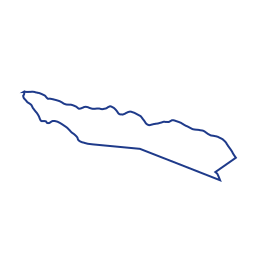 outline of Mavay, Choiseul, Saint Lucia, rotated 118°
{"feature_id": "8701671B50877038935662", "entity_name": "Mavay", "entity_type": "district", "adm_level": 2, "iso_a3": "LCA", "parent_name": "Saint Lucia", "parent_adm1": "Choiseul", "projection": "natural_earth1", "projection_center": [-61.034, 13.806], "detail": "fine", "context": "isolated", "style": "outline", "palette": "blue", "viewbox_px": 256, "rotation_deg": 118, "n_neighbors": 0, "source": "geoboundaries", "source_scale": "gbopen_adm2", "svg_char_len": 5879}
<svg xmlns="http://www.w3.org/2000/svg" viewBox="0 0 256 256"><g transform="rotate(118 128 128)"><path d="M160.8,156.1L158.9,151.2L140.8,107.7L130.9,22.2L128.6,24.9L126.6,27.5L126.3,28.3L125.9,30.2L103.6,18.8L102.6,20.8L101.8,22.3L101.5,22.8L101.0,23.6L100.7,24.1L100.2,24.7L99.4,26.1L98.5,27.8L98.2,28.4L97.8,29.3L97.0,30.8L96.9,31.1L96.8,31.4L96.5,31.8L96.0,32.7L95.8,33.2L95.2,34.0L94.9,34.7L94.6,35.3L94.5,35.5L93.9,37.6L93.8,38.2L93.6,38.8L93.5,39.1L93.5,39.6L93.5,40.9L93.6,42.8L93.6,44.2L93.6,44.5L93.8,45.4L94.0,46.5L94.2,46.9L94.8,49.0L95.3,50.3L95.5,50.9L95.7,51.5L95.7,52.2L95.7,52.9L95.7,53.8L95.7,54.3L95.7,54.6L95.5,56.0L95.4,56.9L95.3,57.4L95.2,58.1L95.1,58.8L95.1,59.8L95.1,60.1L95.3,61.1L95.7,62.2L96.0,63.0L96.2,63.6L96.3,64.1L96.5,64.7L96.6,65.0L96.9,65.7L97.2,66.4L97.6,67.3L97.7,67.6L97.9,68.0L98.1,68.6L98.2,68.9L98.4,69.5L98.6,70.1L98.7,70.9L98.7,71.2L98.7,73.0L98.7,73.4L98.7,74.6L98.7,75.8L98.7,76.5L98.8,76.9L98.8,77.4L98.9,78.0L98.8,81.1L98.7,81.4L98.7,81.8L98.7,82.6L98.6,83.3L98.6,83.9L98.8,85.4L98.8,85.7L98.8,86.0L99.0,86.7L99.0,87.1L99.3,88.7L99.4,89.5L99.5,90.2L99.6,90.7L99.7,91.0L99.8,91.4L100.0,92.0L100.3,92.4L100.6,92.9L101.3,93.3L101.8,93.7L102.0,93.8L103.0,94.4L103.4,94.7L103.6,94.9L103.7,95.2L104.0,95.6L104.2,96.2L104.4,96.6L104.7,97.1L105.0,97.6L105.1,97.8L105.2,98.1L105.3,98.6L105.4,98.8L105.6,99.2L105.8,99.5L106.3,100.0L107.6,101.2L108.3,102.0L108.9,102.6L109.1,102.8L109.3,103.0L109.8,103.5L110.1,103.9L110.3,104.2L110.6,104.5L111.1,105.4L111.5,105.8L112.0,106.5L112.3,106.9L112.6,107.3L113.0,107.7L113.4,108.1L113.6,108.4L114.1,108.9L115.2,110.1L115.4,110.4L115.6,110.7L115.7,111.4L115.8,111.7L115.8,112.9L115.7,113.6L115.6,113.9L115.4,114.6L115.2,114.9L114.7,115.8L114.1,116.9L113.8,117.5L113.4,118.5L112.8,119.8L112.6,120.0L112.5,120.4L112.2,121.0L111.7,122.1L111.7,122.4L111.6,122.8L111.6,123.5L111.6,129.2L111.6,129.5L111.9,131.3L112.0,131.8L112.1,132.6L112.2,133.0L112.3,133.3L112.6,134.0L112.8,134.2L113.5,135.0L113.8,135.3L114.5,135.9L114.7,136.0L115.5,136.6L115.8,136.8L116.0,137.0L116.8,137.4L117.3,137.8L117.7,138.2L118.2,138.6L118.4,138.8L118.7,139.1L118.8,139.5L119.1,140.2L119.4,140.7L119.7,141.6L119.8,141.9L119.8,142.3L119.7,142.6L119.7,143.0L119.6,143.3L119.5,143.6L119.3,143.9L118.3,145.8L117.8,147.0L117.6,147.5L117.4,148.1L117.2,148.9L117.0,149.4L116.9,150.3L116.9,151.5L116.9,152.4L116.9,152.7L117.0,153.2L117.0,153.5L117.2,153.8L117.3,154.1L117.5,154.3L117.8,154.5L118.0,154.7L118.6,155.1L118.9,155.3L119.2,155.6L119.8,155.8L120.2,156.1L120.5,156.2L120.9,156.5L121.1,156.7L121.3,156.9L121.7,157.4L122.5,158.4L122.8,158.7L123.0,158.9L123.4,159.5L123.6,159.8L123.8,160.5L124.0,161.1L124.2,162.2L124.4,162.7L124.6,163.0L124.8,163.4L125.0,163.8L125.3,164.4L126.1,165.6L126.5,166.1L126.8,166.6L127.3,167.6L127.7,168.4L127.9,169.1L128.1,170.0L128.3,171.2L128.4,171.7L128.4,171.9L128.4,172.7L128.7,174.1L129.2,175.4L129.4,175.7L129.8,176.2L130.2,176.7L130.5,176.9L131.0,177.2L131.2,177.4L131.6,177.8L132.4,178.4L132.8,178.8L133.0,179.0L133.5,179.6L134.0,180.3L134.0,180.9L134.0,181.2L133.8,182.1L133.6,183.0L133.5,183.9L133.5,184.5L133.6,185.2L133.6,186.0L133.7,186.3L133.8,187.5L133.9,188.0L134.1,188.8L134.1,189.0L134.2,189.3L134.3,189.6L134.5,190.0L134.7,190.3L135.6,192.1L135.8,192.5L136.1,193.2L136.3,193.9L136.4,194.5L136.6,195.7L136.6,196.9L136.5,197.1L136.5,197.5L136.4,198.5L136.4,199.3L136.4,200.5L136.4,201.0L136.5,201.2L136.5,201.5L136.6,201.9L136.6,202.2L136.7,202.5L136.8,203.1L137.1,204.6L137.6,206.7L137.7,206.9L137.7,207.3L138.0,208.1L138.0,208.3L138.4,209.6L138.6,210.2L138.7,210.6L138.9,211.0L139.1,211.3L139.5,211.9L139.7,212.2L139.8,212.7L139.6,213.2L139.5,213.8L139.4,214.0L139.3,214.3L138.9,215.3L138.6,215.9L138.5,216.2L138.5,216.4L138.4,216.8L138.4,217.2L138.5,219.3L138.5,219.6L138.5,219.8L138.6,221.0L138.7,221.5L138.7,221.8L138.7,222.1L138.8,222.4L138.8,222.7L138.9,223.1L139.1,223.7L139.3,224.1L139.3,224.4L139.7,225.7L139.9,226.3L140.0,227.1L140.2,227.9L140.5,228.6L140.6,228.9L140.9,229.5L141.2,230.0L141.3,230.2L141.7,230.8L142.2,231.7L142.9,232.9L143.1,233.3L143.5,234.0L144.1,235.2L144.2,235.5L144.3,236.2L144.3,236.6L145.3,237.2L144.9,236.5L145.7,236.1L146.1,235.9L146.7,235.7L147.0,235.6L147.3,235.5L148.4,235.7L148.7,235.7L149.0,235.5L149.6,235.0L149.8,234.8L150.3,234.3L150.6,233.8L150.7,233.5L150.8,233.3L151.0,232.9L151.1,232.3L151.3,231.8L151.9,230.3L152.0,230.0L152.2,229.7L152.3,229.4L152.5,228.7L152.5,228.4L152.6,227.4L152.6,226.7L152.7,226.2L152.7,225.9L152.8,225.2L153.0,224.3L153.2,224.0L153.3,223.7L153.5,223.5L153.8,223.0L154.4,222.2L154.8,221.7L155.1,221.2L155.5,220.2L155.8,219.6L156.0,219.2L156.8,217.4L156.9,217.1L157.1,216.7L157.2,216.3L157.4,215.8L157.9,214.8L158.5,213.8L158.9,213.1L159.3,212.5L159.9,211.7L160.5,211.0L161.0,210.5L161.4,210.0L162.1,209.0L162.3,208.7L162.4,208.4L162.5,208.0L162.5,207.7L162.4,207.3L162.2,207.0L161.9,206.5L161.4,205.5L161.1,205.0L161.0,204.7L160.9,204.3L160.7,203.8L160.7,203.4L160.8,203.2L161.3,202.4L161.4,202.1L161.5,201.8L161.4,201.4L161.3,201.1L161.0,200.5L160.6,199.9L160.4,199.8L160.1,199.6L159.7,199.3L159.1,199.1L158.8,198.9L157.8,198.3L157.5,198.1L157.2,197.8L157.0,197.5L156.9,197.3L156.3,196.2L156.2,195.9L156.1,195.5L156.0,195.2L155.7,193.9L155.6,193.5L155.5,192.4L155.5,190.6L155.5,190.3L155.5,189.9L155.5,189.7L155.6,188.9L155.6,188.5L155.6,188.2L155.7,187.7L155.7,187.2L155.8,186.5L155.9,185.4L156.0,184.7L156.0,184.3L156.1,183.6L156.2,182.8L156.4,181.7L156.6,181.0L156.7,180.7L157.0,179.8L157.3,178.9L157.3,178.7L157.8,177.5L158.1,176.6L158.3,176.0L158.4,175.6L158.5,174.9L158.7,173.0L159.0,171.7L159.2,170.9L159.6,169.6L160.1,168.4L160.3,168.1L160.5,167.9L161.4,167.0L161.7,166.7L161.9,166.2L162.0,165.9L162.2,165.3L162.2,164.9L162.3,164.3L162.3,163.5L162.2,162.5L162.2,162.2L162.0,161.2L161.9,160.9L161.6,159.9L161.6,159.5L161.2,157.8L160.8,156.1Z" fill="none" stroke="#1e3a8a" stroke-width="2"/></g></svg>